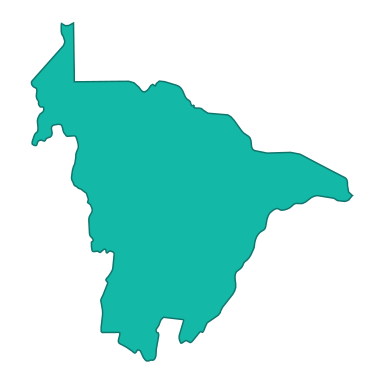 the border of Mashonaland Central
{"feature_id": "ZWE-524", "entity_name": "Mashonaland Central", "entity_type": "Province", "adm_level": 1, "iso_a3": "ZWE", "parent_name": "Zimbabwe", "parent_adm1": "", "projection": "equal_earth", "projection_center": [30.9, -16.688], "detail": "fine", "context": "isolated", "style": "filled", "palette": "teal", "viewbox_px": 384, "rotation_deg": 0, "n_neighbors": 0, "source": "natural_earth", "source_scale": "10m", "svg_char_len": 5198}
<svg xmlns="http://www.w3.org/2000/svg" viewBox="0 0 384 384"><path d="M61.5,23.5L65.3,25.7L68.8,25.5L73.5,23.0L73.7,36.1L73.9,51.4L74.2,70.6L74.3,81.8L87.7,81.7L96.3,81.6L115.8,81.4L128.7,81.3L134.0,82.8L138.9,87.2L140.8,89.8L142.6,91.6L144.6,92.0L147.2,90.4L148.6,88.9L150.8,85.6L152.6,84.4L153.6,84.8L154.6,85.7L155.5,85.8L156.4,83.5L159.4,81.1L164.7,81.7L176.9,85.4L179.1,86.5L181.1,88.3L182.8,91.1L185.1,96.5L186.6,98.8L188.9,100.4L190.1,101.5L190.6,103.0L191.0,104.5L191.7,105.6L192.1,105.7L193.1,105.4L193.6,105.3L194.1,105.7L194.1,106.5L193.9,107.2L194.2,107.7L196.5,108.1L199.1,108.1L201.5,108.6L203.3,110.2L207.9,113.2L227.8,114.9L230.8,116.7L234.0,120.2L241.3,130.4L243.6,133.0L248.6,136.4L250.0,137.9L251.0,140.8L251.6,146.9L252.7,149.4L254.6,150.6L267.0,153.1L290.6,152.4L300.0,154.2L312.3,160.7L331.2,170.6L345.5,178.0L346.8,179.6L347.4,181.9L347.5,185.6L348.6,192.0L351.8,195.1L352.5,195.5L352.0,195.9L348.9,199.8L346.8,200.9L344.6,201.4L337.7,200.6L336.7,200.1L334.7,198.7L333.6,198.2L317.5,195.6L314.5,196.1L311.4,197.5L305.7,201.9L302.6,203.4L301.0,203.6L296.1,203.4L294.8,203.8L293.7,204.4L291.7,206.2L289.5,207.9L286.7,209.2L283.9,210.0L281.4,210.2L280.3,209.9L278.3,208.8L277.2,208.5L275.5,208.9L273.5,209.9L270.2,212.6L268.9,214.4L267.8,216.7L267.0,219.3L265.6,226.9L265.0,228.5L263.9,229.8L260.0,232.3L258.3,234.2L256.7,236.6L255.6,239.4L254.8,242.3L254.1,247.6L253.5,249.2L250.8,255.0L249.2,257.6L247.3,259.8L245.0,261.6L244.3,262.3L243.6,263.3L242.6,265.8L242.0,266.9L240.6,268.5L237.6,270.8L236.2,272.1L235.2,274.5L235.0,277.4L235.2,280.4L235.6,283.0L235.7,287.4L234.6,291.0L232.7,294.3L222.5,307.3L220.5,311.3L220.2,312.7L218.1,315.3L207.2,322.8L206.7,323.7L205.4,326.5L204.2,329.6L203.5,331.1L202.6,332.3L201.9,332.1L201.2,331.7L200.4,331.6L199.2,332.8L192.9,340.6L191.6,341.9L190.3,342.6L186.2,340.5L184.8,341.1L182.2,342.9L181.0,343.2L180.2,341.9L179.6,340.4L179.2,338.7L179.1,337.0L179.3,335.3L183.3,321.8L183.6,320.8L183.5,319.8L182.5,319.5L163.7,317.3L162.2,318.4L160.6,320.5L158.7,325.6L156.2,329.3L156.0,330.2L156.7,332.3L157.5,332.9L158.3,333.0L158.6,334.3L158.7,335.6L156.3,349.0L155.9,355.9L155.0,358.4L154.2,359.5L153.4,360.0L152.7,360.2L150.5,360.1L149.3,360.7L147.9,361.0L146.7,360.9L146.1,360.7L145.5,360.2L143.6,357.9L140.3,350.8L138.1,349.8L137.3,350.3L136.6,351.2L136.1,352.2L135.2,353.0L134.5,353.0L133.7,352.5L132.1,351.1L126.5,347.2L119.9,343.7L118.8,342.8L118.4,341.8L118.4,340.3L118.6,339.2L119.5,336.0L119.9,333.3L119.7,332.6L119.0,332.4L102.3,332.5L101.8,332.2L101.2,331.5L101.1,327.7L102.6,314.4L102.6,312.2L102.4,309.6L100.8,300.5L101.0,299.4L101.3,298.6L103.0,295.2L107.4,284.1L107.6,283.3L107.6,282.5L107.1,281.7L106.5,281.1L106.1,280.5L105.9,279.7L106.3,278.9L106.8,278.2L107.3,277.7L109.1,275.5L110.6,273.2L112.1,270.5L112.4,269.8L112.8,268.3L114.1,255.0L114.1,254.0L114.0,253.1L113.4,252.3L112.7,251.9L111.3,251.3L110.6,251.1L109.9,251.0L109.3,251.3L108.7,251.6L107.8,252.5L107.2,252.9L106.7,252.9L106.2,252.3L106.0,250.8L105.7,249.7L105.0,249.1L104.4,249.2L103.7,249.5L102.2,250.7L100.7,252.1L100.2,252.4L99.6,252.3L99.0,252.0L98.5,251.6L97.9,251.3L97.2,251.2L94.2,251.6L93.5,251.6L92.8,251.4L92.3,250.9L92.0,250.2L91.5,247.0L91.4,242.8L91.4,242.2L91.9,241.8L92.3,241.5L92.8,241.1L93.2,240.6L93.2,239.8L92.8,239.0L92.4,238.4L90.5,236.3L90.1,235.7L89.8,235.0L89.5,233.7L88.8,219.6L88.9,218.6L89.1,217.7L89.3,216.8L89.6,216.1L91.4,213.0L92.1,211.4L92.2,210.5L92.1,209.3L91.8,207.9L91.0,205.9L90.4,204.8L89.8,204.1L89.2,203.7L88.6,203.3L88.0,202.9L87.6,202.4L87.8,201.5L88.0,200.8L88.3,199.8L88.2,198.7L86.4,193.4L86.1,192.9L85.8,192.7L84.8,192.1L80.9,189.1L80.3,188.8L78.9,188.5L78.3,188.1L77.3,187.2L76.8,186.7L74.8,185.7L74.3,185.3L73.9,184.5L73.0,182.2L71.8,179.8L71.6,178.8L71.5,177.4L72.4,170.6L73.4,166.9L73.7,166.1L74.4,164.7L74.9,163.1L75.7,158.1L75.9,154.0L76.1,153.4L76.5,152.0L78.1,148.4L78.3,147.5L78.3,146.1L78.2,144.3L77.3,140.8L76.7,138.8L75.8,136.6L75.0,136.0L74.1,135.8L67.3,136.3L66.7,136.1L66.2,135.8L65.9,135.4L63.7,132.3L63.3,131.3L62.3,127.0L61.8,125.7L61.2,124.9L60.5,124.6L58.9,124.3L58.1,124.3L53.8,125.0L52.6,125.7L52.1,126.2L51.7,126.8L51.5,127.6L51.4,128.5L51.5,129.4L52.1,132.6L52.1,133.7L51.9,134.5L51.7,135.2L51.3,135.9L50.9,136.4L50.4,136.9L49.8,137.2L47.2,138.0L46.6,138.4L46.1,138.9L45.4,140.2L45.0,140.7L44.5,141.1L43.8,141.0L41.2,140.1L40.5,140.2L39.8,140.3L38.6,140.9L38.1,141.4L37.7,142.0L37.4,142.7L36.9,144.4L36.6,145.1L36.2,145.5L35.5,145.6L34.8,145.5L33.5,145.0L32.9,144.6L32.3,144.2L32.1,143.3L32.2,141.7L34.2,135.6L35.0,134.1L35.6,133.3L37.1,132.0L37.5,131.4L37.8,130.4L38.0,129.1L38.0,126.9L37.4,121.7L37.4,120.7L37.6,119.4L38.0,118.0L39.5,114.9L40.0,114.2L43.2,111.6L43.5,110.9L43.8,109.9L43.7,108.3L43.4,107.4L42.9,106.9L42.2,106.9L41.6,107.0L40.9,107.0L40.3,106.8L39.8,106.4L39.4,105.9L38.7,104.6L38.5,103.7L38.5,102.8L38.6,101.9L38.5,101.3L38.3,100.9L37.5,99.9L37.2,99.3L36.8,98.6L36.6,97.9L36.3,96.1L36.4,94.8L36.9,90.5L36.7,89.2L36.3,88.3L33.8,87.0L33.3,86.7L32.4,85.6L32.0,85.0L31.7,84.2L31.5,83.4L31.5,82.5L31.5,81.9L31.8,81.5L32.2,80.8L63.4,45.7L64.3,43.7L64.8,41.4L63.8,37.9L63.2,36.3L61.8,34.1L61.3,31.8L61.2,25.3L61.5,23.5Z" fill="#14b8a6" stroke="#0f766e" stroke-width="1.5"/></svg>